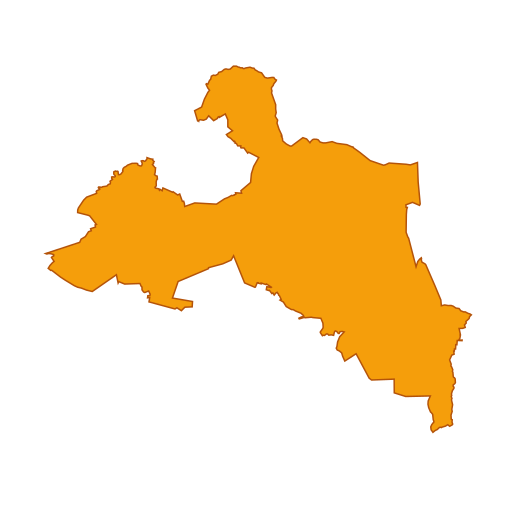 outline of Atotonilco de Tula, Hidalgo, Mexico, rotated 85°
{"feature_id": "50627088B84113731663943", "entity_name": "Atotonilco de Tula", "entity_type": "district", "adm_level": 2, "iso_a3": "MEX", "parent_name": "Mexico", "parent_adm1": "Hidalgo", "projection": "mercator", "projection_center": [-99.239, 19.96], "detail": "fine", "context": "isolated", "style": "filled", "palette": "amber", "viewbox_px": 512, "rotation_deg": 85, "n_neighbors": 0, "source": "geoboundaries", "source_scale": "gbopen_adm2", "svg_char_len": 6008}
<svg xmlns="http://www.w3.org/2000/svg" viewBox="0 0 512 512"><g transform="rotate(85 256 256)"><path d="M235.2,465.4L235.8,464.2L235.5,462.3L235.9,460.1L236.9,457.5L237.3,457.3L238.4,457.6L238.7,458.8L239.6,459.9L243.8,457.6L244.9,459.3L247.5,462.1L250.2,464.1L252.5,461.7L252.4,460.8L260.1,452.4L263.4,448.2L269.8,439.5L271.6,436.3L272.7,432.9L275.2,427.8L277.1,422.2L262.5,396.7L270.9,395.7L269.6,394.9L272.5,389.3L273.3,374.0L276.0,373.1L277.0,372.3L279.8,372.5L282.1,371.1L282.7,370.0L281.5,366.0L284.8,364.8L286.0,365.1L286.1,367.2L288.2,367.7L288.1,365.5L292.4,366.6L301.7,341.3L300.7,339.3L304.0,335.1L300.8,331.3L301.1,324.0L295.8,323.2L290.6,342.9L274.6,335.8L264.5,304.5L263.5,304.3L260.9,289.8L257.9,281.1L253.8,278.3L281.8,269.7L287.1,259.8L286.9,259.3L282.7,257.1L282.8,256.2L283.2,256.3L284.2,253.3L283.4,253.2L285.3,248.6L284.8,248.0L288.4,243.4L288.7,243.8L287.5,247.9L290.5,248.7L291.5,246.3L291.4,245.6L294.8,243.5L294.3,242.4L296.5,241.3L294.5,239.3L294.0,238.1L295.0,237.7L295.3,237.2L297.0,236.8L297.4,236.2L301.4,234.7L302.0,235.9L304.3,232.7L309.0,230.3L312.1,225.9L312.6,224.9L312.6,223.7L314.3,221.3L316.9,216.2L319.3,214.0L320.4,213.7L320.7,216.2L321.7,218.7L322.4,218.4L321.4,213.2L321.8,212.6L321.8,206.2L322.3,204.7L323.7,196.8L328.7,195.2L332.8,195.3L334.0,195.8L337.3,198.6L337.9,198.6L341.2,196.8L340.8,196.0L341.1,194.7L340.0,193.0L339.7,192.1L340.2,191.2L341.2,190.4L341.1,187.9L341.8,185.6L339.1,184.7L337.9,184.1L337.6,183.4L338.3,182.1L340.3,180.8L340.4,179.9L338.8,178.9L338.7,178.2L338.6,176.7L339.3,174.8L343.8,179.7L348.7,182.2L353.3,183.3L354.8,184.1L356.7,183.3L357.9,181.2L360.0,179.1L363.5,178.4L368.4,176.7L362.1,164.8L387.6,153.9L389.6,151.7L390.7,129.1L404.4,130.2L409.0,119.1L410.6,94.5L415.4,97.1L418.7,97.6L422.1,97.2L426.7,95.7L427.0,95.2L429.2,93.8L434.7,93.7L436.0,93.2L437.4,93.5L437.7,94.2L439.6,95.8L441.5,96.8L444.4,96.7L447.1,95.1L445.4,92.6L444.7,90.6L442.8,88.2L442.7,87.2L443.1,86.2L442.7,85.6L442.0,82.1L440.8,79.7L442.5,77.9L441.3,75.2L440.6,74.7L438.6,75.2L436.2,74.8L435.6,75.7L431.5,75.6L427.9,74.1L425.8,74.3L421.3,73.1L417.2,73.7L415.9,73.7L415.0,73.2L413.6,73.6L412.7,73.7L412.1,73.2L410.4,73.3L407.3,72.1L405.1,70.4L404.0,70.2L402.8,71.0L401.6,70.8L400.5,69.1L399.5,68.4L395.8,68.3L394.6,68.9L394.1,69.7L393.1,70.0L389.0,70.0L388.2,70.4L386.4,69.9L383.5,70.8L382.5,71.4L380.7,71.0L376.4,72.2L371.8,69.6L371.1,67.2L368.0,67.3L368.0,66.7L365.9,66.4L366.0,65.3L361.7,64.7L361.9,63.6L357.7,62.9L358.3,58.1L357.7,58.0L357.5,61.5L355.8,60.1L353.6,59.5L352.5,59.6L352.4,59.2L345.9,60.0L346.1,56.3L345.4,53.8L342.8,54.3L341.1,52.4L339.5,52.6L336.9,49.2L335.0,48.5L333.4,46.6L332.4,47.8L331.6,49.8L329.9,52.4L329.8,54.0L328.4,56.8L326.0,58.3L325.3,61.4L323.2,63.9L322.3,65.9L322.1,68.9L321.2,72.3L321.7,75.7L315.9,75.7L301.1,80.4L279.3,87.7L278.5,88.4L276.6,91.2L273.8,91.8L273.3,91.3L272.2,91.5L273.4,93.3L275.6,95.3L280.7,97.5L251.6,102.4L250.3,103.1L245.5,104.4L227.7,102.6L222.8,101.8L220.8,101.0L220.6,102.3L218.1,102.2L216.2,95.4L219.8,88.7L218.5,87.9L196.3,88.0L176.9,87.0L178.7,94.3L177.7,98.4L175.0,115.3L176.4,119.2L176.7,121.0L170.9,134.0L161.7,143.7L156.9,149.3L155.7,150.0L155.8,150.6L153.0,155.8L150.8,165.7L148.7,170.2L149.4,176.8L149.2,179.2L148.1,182.2L145.6,184.0L145.0,185.6L144.7,188.2L145.0,189.5L146.6,191.4L147.9,192.4L143.8,195.4L142.2,199.0L149.6,211.0L149.4,212.5L147.1,216.0L143.6,219.4L141.1,219.4L138.8,220.3L138.8,219.7L137.5,219.9L131.8,222.0L125.4,223.5L122.5,222.6L118.9,224.5L118.1,224.6L115.0,223.4L111.4,223.6L107.0,223.2L95.0,226.3L92.9,225.7L91.1,226.1L89.6,225.9L87.6,224.0L85.9,223.2L83.7,221.0L82.5,220.3L81.4,221.8L79.7,222.7L79.5,224.5L79.8,229.1L78.8,231.7L74.0,234.5L72.8,237.5L71.2,239.4L70.8,240.4L68.7,241.7L68.5,243.2L67.4,245.5L67.8,250.1L68.3,251.7L67.9,252.7L67.4,253.0L67.1,255.3L66.5,256.1L66.4,256.9L65.2,258.9L64.9,262.0L67.6,265.5L67.7,267.5L67.0,269.6L67.3,271.3L69.3,274.2L69.8,277.1L71.5,278.2L71.8,278.8L72.6,280.8L72.1,282.7L73.0,284.8L76.1,285.8L76.9,286.9L80.6,289.0L80.0,290.4L80.6,290.8L84.6,289.3L86.8,287.8L88.7,289.6L95.2,293.7L102.9,297.2L105.9,304.5L116.3,302.4L116.2,301.7L116.7,301.3L116.0,301.1L115.3,300.0L116.2,296.4L115.3,293.6L112.2,290.9L117.5,286.4L115.7,282.6L114.5,281.9L113.9,280.8L113.9,280.5L114.7,280.4L111.8,274.2L117.9,272.2L124.9,272.8L129.2,268.5L132.4,274.9L134.7,273.5L136.6,270.9L140.3,267.8L139.9,267.3L141.7,266.5L141.8,266.7L142.4,265.6L144.7,264.6L145.0,261.5L146.3,261.8L147.0,261.5L147.3,258.6L152.8,255.3L152.0,254.3L158.1,244.7L166.5,250.5L173.6,253.4L182.3,255.0L189.6,265.3L192.2,264.9L191.2,270.9L192.7,270.7L193.2,272.4L193.5,272.4L193.8,274.4L193.5,275.0L195.2,278.7L196.3,282.4L200.9,290.9L197.8,312.4L200.5,322.7L197.2,322.8L195.1,323.3L195.2,324.6L187.6,326.6L188.4,328.7L184.8,333.0L185.2,333.5L180.1,342.8L182.8,343.8L181.2,345.8L182.0,346.5L180.6,347.0L179.6,350.3L178.7,350.7L177.6,349.4L177.1,349.2L173.4,349.0L171.0,348.1L170.8,347.5L167.8,347.5L167.5,348.5L166.1,350.0L164.1,349.2L159.5,348.4L159.5,348.7L155.9,351.2L154.9,350.0L154.2,350.2L153.1,349.2L151.6,350.6L150.6,350.3L150.0,352.7L148.5,356.0L149.7,356.1L151.6,357.8L152.0,358.8L151.2,360.1L151.1,361.2L151.4,362.1L153.1,361.4L154.5,361.3L156.2,362.2L156.2,363.6L155.5,364.9L154.8,365.9L153.6,365.9L153.2,367.2L152.9,371.4L154.3,376.1L155.4,377.6L156.1,379.4L157.2,380.7L159.1,381.4L159.7,381.1L160.5,381.5L162.6,383.5L163.1,384.8L163.0,385.9L159.8,386.1L159.5,386.4L159.4,388.2L159.1,388.5L159.6,390.2L160.9,390.5L162.4,390.4L163.6,389.3L164.6,389.3L165.0,390.3L164.6,391.7L164.7,392.9L166.1,393.0L167.2,392.3L168.8,394.9L170.3,394.6L171.4,394.9L171.9,396.9L173.2,398.3L173.4,399.1L173.6,402.7L174.1,403.7L173.5,406.6L173.9,407.1L174.7,406.9L175.0,405.9L176.0,405.9L177.1,408.9L177.7,409.5L179.7,409.3L182.6,419.6L185.3,422.8L192.6,428.7L194.6,429.6L197.2,429.9L200.7,419.9L201.5,418.2L210.7,412.2L211.0,413.6L213.2,413.4L214.4,418.4L216.5,417.9L217.2,420.7L221.8,424.3L224.0,428.8L227.0,430.4L235.2,465.4Z" fill="#f59e0b" stroke="#b45309" stroke-width="1.5"/></g></svg>